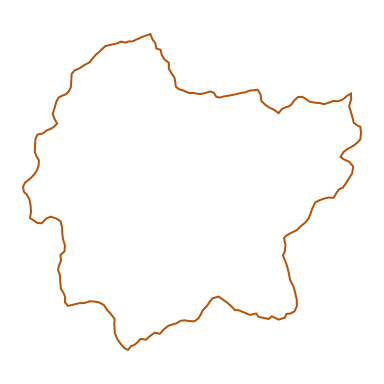 Itamonte, Minas Gerais, Brazil (Equal Earth projection)
{"feature_id": "56859067B95812833823274", "entity_name": "Itamonte", "entity_type": "district", "adm_level": 2, "iso_a3": "BRA", "parent_name": "Brazil", "parent_adm1": "Minas Gerais", "projection": "equal_earth", "projection_center": [-44.75, -22.29], "detail": "fine", "context": "isolated", "style": "outline", "palette": "amber", "viewbox_px": 384, "rotation_deg": 0, "n_neighbors": 0, "source": "geoboundaries", "source_scale": "gbopen_adm2", "svg_char_len": 2914}
<svg xmlns="http://www.w3.org/2000/svg" viewBox="0 0 384 384"><path d="M168.9,62.9L164.5,59.4L161.8,55.1L160.5,49.7L156.3,48.5L155.4,43.3L152.4,39.2L150.4,34.1L146.6,35.3L142.3,36.9L136.5,39.5L132.5,41.4L128.8,41.4L125.2,42.6L121.2,41.6L117.5,43.3L112.9,44.3L105.4,46.0L101.5,49.7L98.9,52.3L95.9,54.6L92.6,58.4L89.4,62.5L86.2,64.0L83.2,65.8L79.6,68.2L74.5,70.5L71.6,74.1L71.4,79.1L70.8,87.4L68.7,91.6L65.7,94.4L62.2,95.6L58.6,97.6L56.4,101.6L54.5,108.2L52.7,114.1L54.3,118.6L57.1,123.4L53.9,126.9L50.3,129.0L46.6,130.4L42.9,133.4L37.6,134.5L35.5,138.8L35.0,145.8L34.8,152.3L36.8,156.7L38.9,160.3L38.6,165.7L37.0,170.0L34.7,173.8L31.3,177.6L28.5,179.9L25.3,182.3L23.0,186.6L23.9,191.8L26.8,194.6L29.4,199.3L30.5,205.0L31.1,211.9L29.9,218.0L33.6,220.3L37.3,223.0L41.8,223.2L46.2,218.5L50.6,216.7L55.9,218.3L60.5,221.2L62.1,227.4L62.3,233.5L62.9,238.6L64.9,245.4L64.5,251.3L60.4,254.9L61.0,260.5L59.0,265.5L58.0,270.2L59.9,274.9L60.3,282.0L60.8,288.6L63.5,292.9L65.1,296.9L65.0,302.4L67.9,305.9L72.8,304.8L78.7,303.3L84.5,303.0L89.8,301.3L94.5,301.6L99.1,302.4L104.0,305.1L106.9,309.7L110.6,313.7L114.6,319.0L114.3,324.4L114.8,332.9L117.3,339.0L120.9,344.2L124.7,348.3L128.0,349.9L130.9,346.2L134.1,345.0L137.3,342.6L140.4,338.8L145.9,339.7L149.6,336.4L154.7,332.6L159.8,333.8L164.3,328.9L168.7,325.6L172.9,324.4L176.4,323.4L180.5,320.8L184.7,320.3L188.6,321.1L194.5,321.3L198.5,318.2L200.8,314.4L202.6,310.4L207.0,305.9L209.5,302.1L212.5,298.3L218.6,296.6L227.5,302.8L232.2,307.1L234.9,310.1L238.5,310.2L243.4,312.2L249.9,314.9L256.2,313.5L258.4,316.7L263.4,317.9L268.7,319.0L271.9,316.3L278.6,319.6L284.8,317.7L286.4,313.9L290.5,313.5L294.5,311.4L296.9,306.1L296.7,299.3L294.9,291.7L293.3,286.0L290.1,280.1L288.6,272.1L286.9,265.6L284.8,259.9L282.9,255.2L284.8,251.3L285.5,245.3L284.0,238.2L286.4,235.4L289.9,233.5L293.8,231.6L297.0,230.1L300.0,226.8L303.0,224.5L305.7,222.1L308.8,218.0L310.6,213.5L312.2,208.8L315.4,202.2L320.3,199.9L324.9,198.4L328.9,197.5L333.7,197.8L336.5,192.8L339.1,189.2L342.7,187.8L346.1,183.1L349.7,177.1L352.1,173.6L353.2,166.5L349.1,161.7L344.2,159.6L340.5,157.0L343.5,152.0L347.5,148.9L351.0,147.1L354.1,145.3L357.4,142.5L360.3,139.3L361.0,133.1L360.4,126.9L356.9,125.2L353.7,122.7L352.5,117.4L350.9,112.0L349.1,106.0L351.2,99.4L350.9,93.6L346.7,96.1L343.8,98.8L340.7,100.4L337.3,101.3L333.5,100.9L328.5,102.8L323.9,104.2L319.6,103.0L316.0,102.8L312.7,102.3L309.2,101.5L305.9,99.0L302.3,96.8L297.9,97.1L294.0,100.7L291.9,103.9L289.1,106.3L285.9,107.2L281.8,109.1L278.5,113.2L274.2,109.8L269.7,107.8L265.6,105.1L261.3,100.9L260.5,94.4L257.7,89.7L254.1,90.2L249.6,90.6L245.3,92.3L240.7,93.0L237.1,94.0L232.2,95.0L227.4,95.9L223.4,96.5L219.6,97.6L216.3,96.8L213.9,92.8L210.2,91.4L205.4,93.0L200.8,94.0L197.4,93.8L193.6,93.0L189.5,93.0L185.9,91.8L182.6,90.2L178.9,89.2L175.9,86.8L175.3,82.3L174.5,77.9L171.6,73.4L168.8,68.7L168.9,62.9Z" fill="none" stroke="#b45309" stroke-width="2"/></svg>